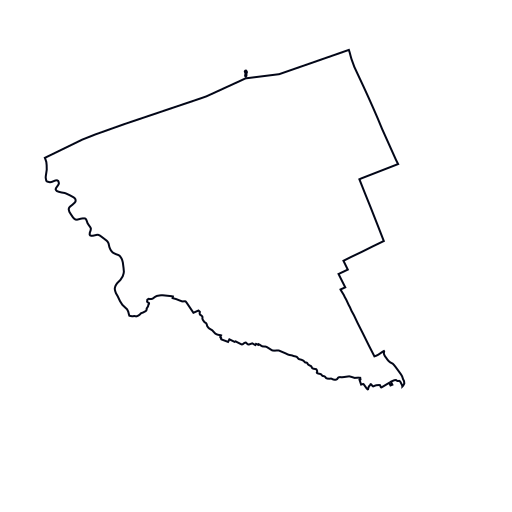 Tran Van Thoi, Cà Mau, Vietnam, rotated 68°
{"feature_id": "81297802B31922203315935", "entity_name": "Tran Van Thoi", "entity_type": "district", "adm_level": 2, "iso_a3": "VNM", "parent_name": "Vietnam", "parent_adm1": "Cà Mau", "projection": "albers", "projection_center": [104.985, 9.126], "detail": "fine", "context": "isolated", "style": "outline", "palette": "ink", "viewbox_px": 512, "rotation_deg": 68, "n_neighbors": 0, "source": "geoboundaries", "source_scale": "gbopen_adm2", "svg_char_len": 6104}
<svg xmlns="http://www.w3.org/2000/svg" viewBox="0 0 512 512"><g transform="rotate(68 256 256)"><path d="M428.2,165.8L427.1,165.6L425.5,165.8L422.3,165.6L420.2,165.9L416.5,166.8L411.0,168.2L408.4,169.0L407.0,169.6L404.9,171.4L403.0,172.4L401.2,173.0L399.0,173.5L397.1,174.0L395.5,174.1L394.3,174.0L393.8,173.8L392.4,172.9L392.0,173.0L392.2,174.6L392.8,177.2L393.3,179.5L393.5,181.8L393.4,183.8L381.1,184.9L367.9,185.9L356.1,186.9L347.6,187.4L342.6,188.0L338.7,188.1L336.2,188.4L330.3,188.7L327.1,189.1L325.0,189.2L319.1,190.2L318.7,190.2L318.5,185.0L308.7,185.8L303.6,186.2L303.0,176.0L293.2,176.7L292.5,168.2L291.8,156.4L290.8,144.0L290.0,131.9L275.1,131.7L254.3,131.5L238.0,131.5L223.6,131.4L223.6,131.0L223.5,129.2L223.6,121.3L223.7,113.5L223.8,105.7L223.9,97.8L224.0,89.8L219.4,90.2L185.4,91.5L174.2,91.6L162.8,91.9L151.4,92.3L140.1,92.8L128.9,93.4L117.6,94.0L109.1,93.7L106.3,93.4L102.4,92.9L99.7,92.7L96.1,166.4L87.4,199.1L89.4,242.3L89.2,246.7L84.4,328.3L83.1,359.5L83.0,373.5L85.7,412.2L85.9,415.0L87.4,415.0L90.3,415.2L93.4,416.1L97.6,417.7L101.2,419.8L103.2,421.0L104.7,421.7L106.3,422.0L107.2,422.2L107.9,422.2L108.8,421.7L109.5,420.7L110.2,419.8L110.6,418.9L110.8,417.4L110.8,414.2L111.0,412.8L111.4,412.0L112.3,411.3L113.4,411.3L114.7,411.5L115.4,412.0L116.2,413.0L117.9,415.7L118.7,416.5L119.2,416.8L120.1,416.7L121.2,416.3L122.5,414.9L124.2,412.6L125.9,409.8L126.9,408.7L129.9,405.9L133.2,403.2L134.4,402.5L135.6,402.2L136.4,402.3L137.1,402.5L137.9,403.0L138.6,404.1L139.7,407.0L140.5,409.8L141.1,411.0L141.8,411.7L142.7,412.2L145.1,412.5L147.5,412.1L151.4,411.3L153.1,410.7L154.2,410.0L154.8,409.4L155.3,408.3L155.8,404.5L156.1,403.1L156.3,402.4L156.8,401.1L157.1,400.5L157.8,400.0L158.8,399.8L160.4,399.8L162.5,399.9L164.6,399.5L167.1,398.9L167.9,398.8L168.6,398.8L169.4,399.2L170.5,399.9L171.9,401.2L173.5,402.1L174.0,402.2L174.7,402.1L175.2,401.6L175.6,401.0L176.1,399.7L176.5,397.3L176.8,395.4L177.2,394.5L177.7,393.9L178.7,393.0L181.3,391.4L185.9,388.7L187.3,388.2L189.1,388.0L192.8,388.6L194.9,388.6L196.6,388.4L199.0,387.6L200.4,386.5L201.9,385.1L203.5,383.3L204.5,382.5L205.5,382.1L208.0,381.6L209.7,381.6L212.1,381.9L217.5,383.3L221.1,384.4L222.6,385.3L224.9,387.2L227.4,390.7L229.1,394.7L230.1,396.3L231.3,397.7L232.3,398.5L233.2,399.1L234.5,399.5L236.0,399.7L238.0,399.8L241.6,399.3L246.9,399.0L251.2,398.2L255.6,396.2L257.1,395.5L259.7,395.3L262.6,395.7L263.9,395.8L264.5,395.0L265.5,393.4L265.8,392.6L266.0,391.4L266.4,390.8L266.9,390.0L267.2,389.4L267.2,388.8L267.2,387.9L267.0,386.6L266.6,385.2L266.1,384.4L266.0,383.8L266.1,382.0L265.8,379.2L265.7,378.8L265.4,378.1L264.8,377.6L264.4,377.3L264.0,377.2L263.7,377.0L262.4,375.2L261.8,374.6L261.4,374.4L261.1,374.2L260.8,373.9L260.5,373.4L260.2,373.1L259.8,372.9L259.4,372.9L259.2,373.1L258.3,373.8L257.9,374.0L257.3,374.0L256.6,373.5L256.3,373.4L256.0,373.3L255.8,373.1L255.6,372.3L255.5,371.5L256.1,370.7L256.7,369.0L256.8,368.1L256.7,367.2L256.2,365.5L256.0,364.2L255.9,362.8L256.7,359.2L257.4,357.3L261.5,349.6L262.4,348.2L263.8,349.1L266.1,346.1L268.5,343.6L270.5,341.4L271.4,338.7L271.9,338.2L273.8,337.7L279.0,336.6L285.2,335.3L285.0,329.8L286.6,329.0L286.9,329.0L287.4,329.4L288.2,329.8L289.0,329.9L289.6,329.8L290.0,329.4L291.3,328.7L291.8,328.5L292.2,328.5L292.6,328.5L293.0,328.7L293.8,329.1L294.4,329.2L295.2,329.2L296.3,329.0L298.1,328.5L299.3,327.6L299.8,327.4L300.4,327.3L301.0,327.3L301.9,327.4L302.6,327.5L303.2,327.4L304.7,327.0L305.7,326.5L307.3,325.3L308.5,324.4L310.4,323.7L312.7,322.8L314.0,321.7L314.9,320.6L315.9,319.0L316.2,318.4L316.5,318.1L317.1,318.8L317.4,319.2L317.7,319.5L318.3,319.1L318.8,319.0L319.2,319.1L319.5,319.5L320.4,319.3L323.4,316.0L325.2,314.1L323.3,311.9L327.6,308.0L327.5,306.9L328.7,305.9L331.8,303.2L332.7,302.3L332.8,301.8L332.8,301.2L332.3,299.5L332.3,298.7L332.3,298.3L332.4,297.9L333.8,297.2L334.4,296.9L334.9,296.6L335.4,295.8L335.6,292.2L338.3,290.0L337.5,288.9L339.2,287.2L338.7,286.7L339.8,285.7L341.3,284.7L342.2,283.9L343.0,282.3L343.5,281.2L344.3,280.2L346.6,278.5L348.3,277.3L349.1,276.7L349.6,276.3L350.1,275.5L350.8,274.0L351.3,272.3L351.8,271.0L352.2,270.2L353.1,269.3L355.2,267.2L357.4,265.0L359.2,263.4L360.2,262.2L361.7,259.8L362.3,259.2L363.0,258.4L363.7,257.3L364.5,256.3L364.8,256.0L365.2,255.8L365.8,255.6L366.8,255.3L367.6,254.9L368.0,254.4L369.2,252.8L370.2,251.8L370.7,251.4L371.4,251.0L371.9,250.8L372.4,250.6L372.8,250.5L373.2,250.2L373.4,249.9L373.8,249.0L374.5,248.6L374.9,248.5L375.5,248.5L376.0,248.4L376.5,248.1L376.8,247.9L378.1,246.8L378.6,246.3L379.2,246.1L379.7,246.0L380.5,246.0L381.1,245.8L381.4,245.6L381.7,245.3L382.0,245.0L382.8,243.7L383.5,242.6L384.0,242.4L385.0,242.4L385.7,242.4L386.2,242.7L386.9,243.3L387.4,243.2L387.8,242.9L388.6,241.9L389.4,240.7L389.9,240.2L390.1,240.0L390.5,239.8L391.0,239.7L391.6,239.5L391.9,239.3L392.2,239.1L392.5,238.6L393.0,237.9L393.2,237.7L393.7,237.3L394.1,237.1L394.5,237.0L394.9,236.9L395.3,236.8L395.6,236.6L395.9,236.3L396.6,235.4L397.3,233.9L397.7,232.5L398.0,232.0L399.3,230.8L400.0,229.8L400.6,228.4L400.6,227.6L400.5,226.8L400.1,226.2L399.6,225.5L399.5,224.5L399.8,223.4L400.4,222.3L400.7,221.5L401.1,220.1L402.2,215.7L402.5,214.6L404.0,212.6L406.0,210.2L407.1,206.8L408.0,205.0L409.6,205.4L409.6,206.4L414.6,206.7L414.8,204.6L415.3,204.2L420.3,203.0L421.5,202.4L421.5,202.0L420.3,201.2L419.1,200.0L418.6,198.8L418.1,198.1L417.8,197.8L417.8,197.6L418.0,197.4L420.0,196.7L420.5,196.5L420.8,196.2L420.8,195.5L420.8,194.0L420.9,192.9L421.6,190.6L422.0,189.6L422.3,189.4L424.1,189.4L424.6,189.3L424.8,189.1L424.8,188.6L424.5,186.5L423.9,182.8L423.5,180.1L426.4,179.8L426.4,177.8L423.1,178.0L423.0,176.4L423.0,174.3L423.4,172.7L424.0,172.4L424.8,171.7L425.0,171.4L425.2,170.9L425.4,170.0L425.7,169.7L426.7,169.3L430.0,169.0L431.3,169.0L431.8,169.2L431.4,168.3L430.5,167.1L429.8,166.3L428.2,165.8ZM85.0,197.2L83.9,196.8L83.3,196.6L82.7,196.0L82.4,195.7L81.9,195.5L80.8,195.6L80.5,195.7L80.3,195.8L80.2,196.2L80.2,196.6L80.6,197.2L81.2,197.3L82.1,197.3L82.9,197.4L83.7,197.9L84.5,198.4L84.9,198.6L85.4,198.5L85.6,198.1L85.5,197.6L85.0,197.2Z" fill="none" stroke="#020617" stroke-width="2"/></g></svg>